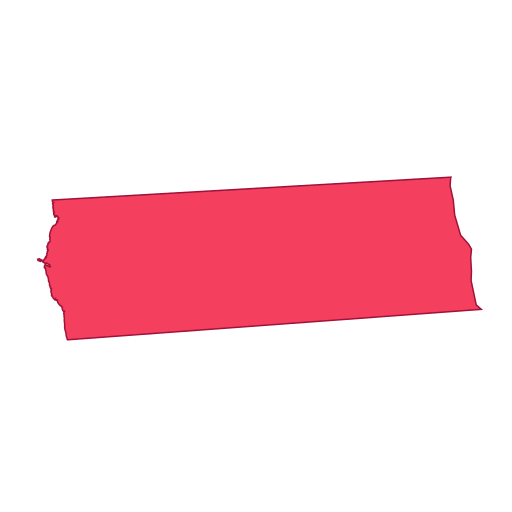 the district of Ngerngesang, Ngchesar, Palau, rotated 173°
{"feature_id": "81905179B58942175915190", "entity_name": "Ngerngesang", "entity_type": "district", "adm_level": 2, "iso_a3": "PLW", "parent_name": "Palau", "parent_adm1": "Ngchesar", "projection": "equal_earth", "projection_center": [134.606, 7.453], "detail": "fine", "context": "isolated", "style": "filled", "palette": "rose", "viewbox_px": 512, "rotation_deg": 173, "n_neighbors": 0, "source": "geoboundaries", "source_scale": "gbopen_adm2", "svg_char_len": 3804}
<svg xmlns="http://www.w3.org/2000/svg" viewBox="0 0 512 512"><g transform="rotate(173 256 256)"><path d="M52.9,310.5L451.4,336.4L451.4,335.8L451.3,335.6L451.4,335.4L451.4,334.6L451.2,334.3L450.4,333.9L451.2,333.3L451.5,332.8L451.3,331.9L451.1,331.9L451.0,331.4L451.3,331.3L451.3,329.7L451.6,329.5L451.6,328.7L451.2,328.4L451.6,327.9L451.6,327.5L451.3,326.8L451.6,326.1L451.4,325.4L451.6,325.3L451.6,324.8L451.3,324.1L451.1,323.7L450.9,323.9L450.8,323.6L451.5,323.2L451.5,322.8L451.7,322.6L451.7,321.9L451.3,321.3L451.2,320.6L451.1,319.5L450.8,319.1L450.3,319.2L449.9,320.3L449.6,320.0L449.4,320.3L448.7,320.3L448.4,319.9L448.5,319.6L448.4,318.9L447.6,318.8L447.6,318.5L447.3,318.1L447.1,317.9L447.3,317.3L447.7,317.5L447.9,317.2L447.8,316.6L448.1,316.6L448.2,316.4L448.5,316.2L448.6,315.9L448.5,315.5L448.6,315.3L448.8,314.0L449.1,314.0L449.3,314.2L449.5,314.5L449.8,314.1L449.7,313.6L449.9,312.8L451.8,311.0L452.9,311.0L453.5,310.6L453.8,310.2L454.2,310.1L455.7,307.9L456.4,306.5L457.6,304.3L457.7,303.4L458.2,302.4L458.4,301.0L458.6,300.3L458.4,299.8L458.2,299.6L458.0,299.3L458.3,299.0L458.3,298.6L458.7,297.7L458.3,296.8L458.6,296.2L459.0,295.2L459.6,295.1L459.8,294.7L460.1,294.8L460.3,294.8L460.6,294.2L460.7,293.9L461.1,293.3L461.2,292.9L461.2,292.2L461.6,292.1L462.4,290.8L462.3,290.0L461.9,289.6L461.8,289.3L462.2,288.6L462.1,288.3L462.3,288.1L462.3,287.8L462.1,287.3L461.7,287.3L461.6,287.0L461.7,286.9L462.0,286.6L462.1,286.2L462.4,285.9L462.6,285.8L462.9,284.4L463.3,284.1L463.4,282.8L463.5,282.3L463.6,281.9L463.8,281.6L464.1,281.6L464.2,281.4L464.4,281.3L464.5,281.2L464.3,281.1L464.4,280.8L464.5,279.9L465.4,280.0L465.5,279.6L465.8,279.2L466.3,278.8L466.4,278.2L467.1,278.0L467.6,277.4L468.2,277.5L469.1,278.0L470.0,278.7L470.8,279.0L471.2,279.6L473.1,279.4L472.9,278.2L470.8,277.0L470.6,276.9L470.2,277.1L470.0,277.9L468.7,277.1L468.6,276.4L468.1,276.0L467.8,275.7L467.5,275.9L467.2,275.2L466.4,274.5L465.4,274.0L464.6,274.0L464.7,274.4L464.1,274.2L463.8,273.7L463.3,273.3L462.5,273.0L461.9,272.3L461.5,271.0L461.4,270.6L461.8,270.2L462.5,270.5L463.6,271.4L463.6,271.9L464.0,271.7L464.8,271.8L465.3,272.1L465.8,273.0L467.0,272.6L467.5,270.2L467.1,269.8L466.6,269.9L466.5,269.4L466.5,267.6L466.2,267.0L466.3,265.7L466.3,265.4L466.3,263.9L466.1,263.1L465.8,262.4L465.6,262.1L465.5,261.5L465.2,260.8L464.9,260.3L465.0,259.3L464.9,258.5L464.8,257.0L465.0,256.8L464.9,255.8L464.4,254.9L464.3,254.0L464.5,252.1L464.3,251.3L464.0,251.2L464.1,250.5L463.9,249.4L463.7,249.4L463.7,248.9L463.4,248.9L463.1,248.4L463.5,248.3L463.4,247.5L463.6,246.8L463.5,246.4L463.8,246.2L463.9,245.4L463.6,244.7L463.7,244.0L463.3,243.5L463.5,243.0L463.6,242.3L463.4,241.8L463.7,241.7L463.6,241.4L463.5,241.2L463.3,241.3L463.2,240.9L463.2,240.6L462.8,240.1L462.5,239.3L462.2,238.5L461.9,238.2L461.6,237.8L461.0,237.6L460.7,237.8L461.0,237.1L460.4,236.9L459.9,236.5L459.7,236.6L459.4,236.9L458.8,236.8L458.9,236.4L458.7,235.3L458.4,235.2L458.4,234.0L458.0,233.2L457.7,232.9L457.3,231.8L456.9,231.6L456.6,230.9L456.2,230.4L455.7,230.2L455.3,230.1L455.3,229.8L455.2,229.7L455.0,229.3L454.9,229.3L454.8,228.7L454.6,228.6L454.7,228.4L454.8,227.9L454.6,226.5L454.4,225.4L453.9,224.8L453.6,224.2L453.2,224.5L452.9,224.6L452.8,224.1L453.3,223.9L453.5,223.6L453.7,222.7L453.9,222.0L453.7,221.6L453.5,220.9L453.8,220.3L453.9,219.2L453.7,218.0L454.2,215.6L454.1,215.1L454.2,214.7L454.2,213.1L454.2,211.4L454.3,210.5L454.5,210.1L454.4,209.4L454.6,208.7L454.6,207.1L454.5,205.9L454.4,205.0L454.0,202.7L454.1,200.5L454.0,199.0L453.7,197.9L453.6,197.5L453.5,197.2L453.5,196.9L453.6,196.5L453.4,196.3L453.3,195.8L38.9,175.6L43.4,180.7L43.7,184.4L45.5,205.4L44.0,214.6L43.1,228.3L41.3,236.5L43.6,241.9L50.4,251.7L53.8,272.3L53.4,287.5L54.8,301.9L53.3,309.7L52.9,310.5Z" fill="#f43f5e" stroke="#9f1239" stroke-width="1.5"/></g></svg>